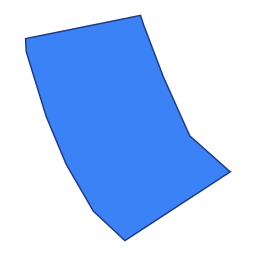 23, Ad Dawhah, Qatar
{"feature_id": "91078587B28752145715053", "entity_name": "23", "entity_type": "district", "adm_level": 2, "iso_a3": "QAT", "parent_name": "Qatar", "parent_adm1": "Ad Dawhah", "projection": "robinson", "projection_center": [51.511, 25.278], "detail": "fine", "context": "isolated", "style": "filled", "palette": "blue", "viewbox_px": 256, "rotation_deg": 0, "n_neighbors": 0, "source": "geoboundaries", "source_scale": "gbopen_adm2", "svg_char_len": 307}
<svg xmlns="http://www.w3.org/2000/svg" viewBox="0 0 256 256"><path d="M25.6,38.6L26.1,49.1L26.1,49.6L26.2,51.5L46.2,116.5L66.2,164.3L74.3,178.3L93.4,211.2L124.9,240.6L230.4,171.7L229.2,171.0L189.8,135.9L163.3,76.8L143.6,24.9L140.5,15.4L25.6,38.6Z" fill="#3b82f6" stroke="#1e3a8a" stroke-width="1.5"/></svg>